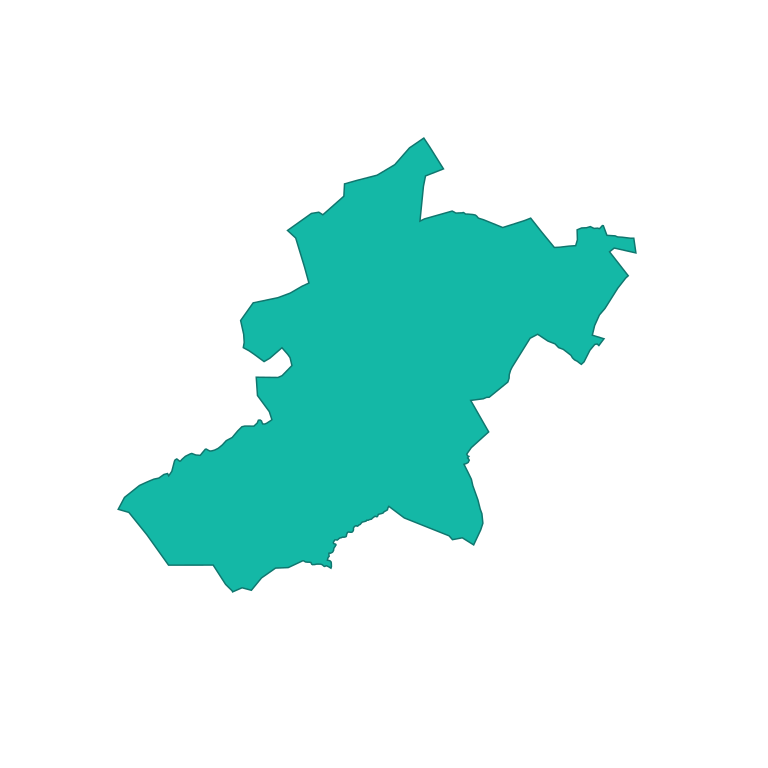 the district of Ingawa, Katsina, Nigeria, rotated 52°
{"feature_id": "59680162B27261417712833", "entity_name": "Ingawa", "entity_type": "district", "adm_level": 2, "iso_a3": "NGA", "parent_name": "Nigeria", "parent_adm1": "Katsina", "projection": "robinson", "projection_center": [8.123, 12.614], "detail": "fine", "context": "isolated", "style": "filled", "palette": "teal", "viewbox_px": 768, "rotation_deg": 52, "n_neighbors": 0, "source": "geoboundaries", "source_scale": "gbopen_adm2", "svg_char_len": 4165}
<svg xmlns="http://www.w3.org/2000/svg" viewBox="0 0 768 768"><g transform="rotate(52 384 384)"><path d="M435.8,104.8L422.9,97.4L420.9,100.0L418.3,102.6L415.1,105.8L411.9,109.4L409.5,110.7L408.9,111.4L404.1,116.8L394.3,113.7L393.6,114.4L394.2,117.8L394.1,118.7L392.7,119.7L390.7,122.7L387.0,124.5L385.5,128.3L382.7,132.2L381.4,136.9L389.4,142.8L393.0,147.8L389.2,153.4L384.4,161.3L381.3,165.7L361.5,166.2L343.6,166.3L342.2,171.1L341.5,173.3L333.8,194.1L315.9,204.4L311.4,207.5L308.7,207.6L307.1,208.0L305.1,209.7L302.1,212.9L300.2,215.2L299.3,215.3L299.0,215.4L298.4,215.6L298.0,215.7L297.7,215.9L297.5,216.2L297.4,216.8L293.5,222.2L291.6,222.9L289.7,223.8L278.8,250.5L277.8,255.4L252.5,231.2L245.6,223.2L251.1,204.7L225.9,202.1L214.7,201.2L213.6,218.5L217.8,240.5L215.2,260.9L207.0,279.7L202.0,291.9L211.3,300.0L213.0,328.0L208.5,329.6L204.9,336.2L203.6,365.5L214.6,363.7L243.1,374.7L258.2,381.0L256.5,388.4L254.6,402.0L250.6,414.6L239.5,437.1L245.7,457.9L258.5,464.0L265.2,468.6L268.7,472.5L274.7,469.9L280.4,468.1L292.5,464.7L293.4,458.1L292.6,442.1L301.3,441.6L305.4,441.8L312.8,445.2L314.7,459.2L313.6,463.5L300.0,480.5L315.2,490.8L335.2,491.4L343.1,494.3L343.1,495.7L342.7,500.5L342.1,502.7L340.7,504.2L339.1,503.8L337.7,503.3L336.1,503.8L335.2,505.3L336.7,507.9L337.1,512.5L331.5,519.5L330.2,522.3L330.9,528.1L332.7,536.6L331.5,543.1L332.5,549.1L332.6,554.3L331.8,558.2L330.6,561.0L329.6,562.5L327.2,563.6L325.9,564.1L325.4,565.0L326.3,569.3L327.1,572.7L324.1,576.0L320.4,578.2L319.8,579.7L318.7,585.0L319.0,589.6L319.4,591.7L319.1,592.5L315.5,593.4L315.2,595.2L315.7,596.5L322.2,605.0L323.1,607.9L323.8,610.2L321.3,609.7L319.8,613.1L319.5,619.4L317.3,623.9L316.2,627.8L315.1,632.0L313.4,639.2L313.6,658.3L319.1,670.6L328.1,664.1L355.3,663.7L355.6,663.7L357.4,663.7L394.1,665.3L421.5,630.1L444.5,632.2L453.5,631.0L454.6,631.3L457.2,621.3L464.9,615.5L461.4,599.9L462.3,582.8L469.7,572.5L472.9,558.6L473.2,557.1L473.8,556.2L474.9,555.8L475.8,555.5L476.5,554.8L477.4,553.9L478.4,552.6L479.6,551.5L481.5,551.9L482.3,551.6L483.6,549.8L484.5,547.9L485.6,546.5L486.9,544.9L488.2,544.0L489.9,543.6L490.7,543.5L491.3,543.0L491.5,541.9L491.8,541.3L492.7,540.8L493.8,540.2L496.5,539.2L495.6,537.9L493.7,536.5L492.4,535.6L491.4,535.2L490.1,535.4L489.1,536.1L488.0,537.1L487.0,535.9L486.2,534.6L486.1,533.4L485.3,532.9L484.5,532.4L483.8,532.0L483.4,531.3L484.3,530.5L484.6,529.5L484.8,528.5L484.7,527.5L484.2,526.6L483.9,525.9L483.1,525.3L482.6,524.6L482.2,523.6L481.9,522.5L481.4,521.6L481.3,520.9L480.6,520.7L480.0,521.0L479.3,521.6L478.6,521.9L478.0,521.7L477.6,521.4L477.2,520.3L476.8,519.6L476.6,518.8L477.1,517.9L477.7,517.4L478.2,516.9L478.2,515.9L478.1,514.4L478.3,513.3L478.9,512.1L479.1,511.0L479.8,510.2L480.3,509.5L480.7,508.6L480.9,507.7L480.4,506.9L479.7,506.4L479.2,505.4L478.6,504.5L478.6,503.6L478.9,502.9L479.5,502.4L480.2,501.7L480.8,500.9L481.1,500.0L480.9,499.2L480.6,498.4L480.0,497.7L479.4,497.3L478.7,496.7L478.3,495.7L478.2,495.1L478.2,494.0L478.4,493.4L478.8,492.9L479.5,492.8L479.8,492.1L479.7,490.4L480.0,489.2L479.6,487.5L479.4,486.2L480.1,484.7L481.0,482.6L480.7,481.4L481.6,480.4L481.9,478.9L482.8,477.1L482.6,475.9L482.6,474.3L482.7,472.5L484.3,471.3L484.1,470.0L483.2,468.8L484.6,465.6L485.1,464.0L484.7,462.5L485.1,460.5L485.3,458.8L484.6,457.9L483.9,457.0L483.4,455.5L502.0,450.5L543.7,426.2L548.8,425.9L553.4,417.0L566.0,412.4L558.5,397.6L554.6,391.8L546.5,386.7L541.8,385.2L533.3,381.4L518.8,376.6L512.9,373.8L504.5,372.0L496.5,370.4L497.3,368.2L497.5,367.2L497.6,365.9L496.5,363.7L494.7,363.5L493.7,363.7L493.3,361.7L492.5,362.2L491.6,362.3L491.0,362.1L490.2,362.0L487.9,354.4L486.2,331.0L450.3,325.8L456.8,314.8L457.7,311.3L459.2,309.3L458.7,285.2L456.5,281.9L453.8,279.6L451.1,275.8L449.6,272.7L437.9,240.7L439.4,232.3L451.1,228.4L457.7,224.5L462.8,224.0L467.1,221.4L476.5,219.0L479.4,219.4L480.9,219.2L482.3,219.0L485.1,217.7L487.6,217.1L490.0,216.4L489.7,212.7L484.2,201.0L482.6,193.6L483.7,191.4L486.0,191.0L484.7,186.3L483.8,182.8L473.8,189.8L467.6,182.0L462.2,171.7L460.5,163.3L452.4,140.7L449.3,128.2L449.2,126.3L449.1,124.9L418.7,124.9L418.6,118.9L435.8,104.8Z" fill="#14b8a6" stroke="#0f766e" stroke-width="1.5"/></g></svg>